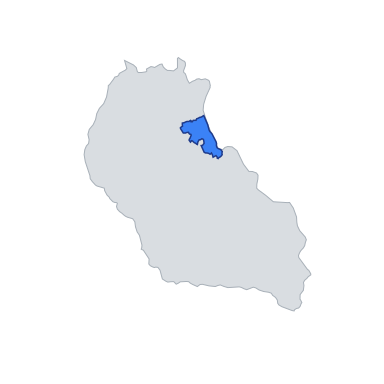 Komárom-Esztergom on a map of Hungary (Albers equal-area conic projection), rotated 70°
{"feature_id": "HUN-3163", "entity_name": "Komárom-Esztergom", "entity_type": "County", "adm_level": 1, "iso_a3": "HUN", "parent_name": "Hungary", "parent_adm1": "", "projection": "albers", "projection_center": [18.366, 47.587], "detail": "fine", "context": "in_parent", "style": "filled", "palette": "blue", "viewbox_px": 384, "rotation_deg": 70, "n_neighbors": 0, "source": "natural_earth", "source_scale": "10m", "svg_char_len": 3757}
<svg xmlns="http://www.w3.org/2000/svg" viewBox="0 0 384 384"><g transform="rotate(70 192 192)"><path d="M305.3,109.1L309.3,108.4L309.5,108.4L310.5,108.7L311.3,111.6L311.4,111.8L312.5,113.7L313.5,116.3L315.1,118.2L318.2,118.8L322.5,121.0L325.4,125.5L329.5,127.1L329.8,127.2L330.6,126.9L333.5,126.6L334.1,127.5L336.5,129.6L337.5,131.5L337.2,133.6L337.7,135.9L338.7,136.7L337.7,138.4L330.6,146.7L327.8,149.0L325.9,149.5L322.7,148.8L319.6,149.6L316.8,151.5L314.2,152.1L312.4,154.3L310.0,158.7L307.0,162.5L303.9,164.9L302.4,167.0L302.5,174.0L300.8,176.1L298.5,178.3L297.3,180.1L294.1,191.0L291.5,194.5L289.0,197.2L288.7,199.6L288.8,202.4L286.1,208.0L282.3,213.8L281.7,216.2L282.7,219.3L279.0,223.1L276.9,224.9L275.1,225.8L274.1,228.1L272.4,233.7L273.0,236.1L273.2,238.4L270.0,239.8L269.1,242.4L268.4,245.5L267.1,246.9L263.6,249.6L254.6,248.8L251.2,249.8L250.2,251.7L250.1,253.2L249.0,254.6L247.0,256.4L244.9,257.2L240.2,255.2L230.1,257.6L228.4,259.3L227.0,258.2L224.8,257.2L214.7,256.2L210.7,257.2L205.4,257.0L200.4,255.9L196.8,256.9L193.6,261.3L192.0,262.8L190.7,263.7L188.0,265.1L185.6,266.8L182.6,268.0L179.8,267.9L177.1,266.0L176.2,266.5L175.4,268.2L174.0,269.7L170.1,271.5L169.1,271.5L168.8,271.5L165.8,272.9L160.9,273.6L158.4,273.1L153.9,279.2L152.5,280.3L148.2,282.1L144.7,283.1L141.6,282.3L140.4,282.3L127.0,281.9L120.0,280.6L115.5,278.2L112.6,275.5L111.1,272.6L107.7,270.8L102.2,270.1L98.0,267.1L95.0,261.9L90.9,257.8L85.8,254.7L81.7,250.4L78.8,244.8L73.5,239.8L65.7,235.2L63.3,234.2L62.9,232.8L59.2,227.2L57.6,225.2L57.8,222.5L57.1,220.9L55.7,219.8L55.1,215.9L54.7,212.9L53.7,211.0L45.3,210.4L52.5,203.6L56.0,201.8L60.1,202.2L61.4,201.6L61.7,200.6L62.5,198.4L62.9,196.3L63.3,194.2L62.9,193.1L60.9,192.7L60.1,187.7L61.2,185.8L62.2,184.6L61.1,178.5L61.5,176.4L64.7,176.2L67.3,175.0L69.4,173.5L70.0,171.7L71.9,167.9L70.4,163.2L61.5,160.0L61.0,158.8L63.1,157.5L65.4,155.7L66.7,154.3L68.5,154.1L70.9,154.9L75.1,158.4L76.8,158.9L78.4,157.9L80.1,157.8L84.9,158.0L88.9,157.3L88.1,153.6L88.1,151.0L87.5,148.9L88.0,146.6L89.6,144.9L90.2,140.8L92.7,138.2L93.9,137.8L98.3,138.4L99.3,139.1L100.0,139.2L106.9,146.0L113.5,151.0L119.0,153.6L127.0,153.9L135.5,154.1L149.8,153.3L160.4,152.6L161.1,151.3L162.7,148.4L161.4,145.8L161.5,142.8L163.3,138.9L168.5,135.6L183.5,134.1L192.1,131.5L193.4,128.2L196.2,124.9L198.8,124.2L202.4,125.7L206.8,128.4L210.6,129.9L212.8,128.9L220.3,123.9L229.0,118.9L234.6,106.0L235.2,103.9L241.7,102.3L251.2,102.3L256.1,103.8L259.8,104.5L265.2,104.0L273.0,101.0L276.0,100.9L278.3,102.8L280.9,104.4L282.6,106.4L284.0,109.2L284.7,110.3L285.9,111.7L288.0,113.6L290.0,114.1L304.5,109.9L305.3,109.1Z" fill="#d9dde1" stroke="#a8b0b8" stroke-width="1"/><path d="M157.8,153.3L159.1,153.2L160.1,152.5L161.6,150.9L162.3,150.3L163.3,150.1L164.3,149.7L165.8,150.6L167.3,150.9L168.3,152.5L168.7,153.6L169.0,155.5L169.5,156.0L168.8,156.7L167.8,156.4L166.0,157.0L166.5,160.3L164.2,160.1L162.0,160.4L162.4,161.2L162.7,162.1L161.5,163.0L160.6,164.3L159.9,166.0L158.8,167.0L151.5,167.5L151.8,166.2L150.4,164.0L148.2,163.5L146.5,163.3L145.3,164.5L145.8,166.2L145.4,167.4L146.9,169.3L149.2,170.7L148.5,171.4L147.7,171.7L146.4,173.0L144.2,174.1L143.6,175.0L144.2,175.6L144.6,176.4L142.3,177.0L141.5,176.5L140.9,175.6L138.4,173.4L137.5,173.3L136.7,174.5L135.7,174.8L134.7,174.9L134.3,176.4L134.3,178.3L133.9,179.0L133.6,180.0L128.6,181.1L127.6,180.9L127.2,179.7L126.9,178.4L125.5,178.1L123.9,177.5L124.2,175.7L124.0,173.9L124.0,172.6L124.7,170.7L124.2,168.9L124.6,168.5L125.6,168.9L126.1,167.8L125.1,166.3L126.0,163.7L124.8,162.6L124.8,160.7L124.5,159.5L124.7,158.4L124.7,157.0L124.3,155.6L124.2,154.8L134.1,154.2L139.4,154.7L141.0,154.6L144.2,153.3L153.0,152.2L155.0,152.4L156.5,153.1L157.8,153.3Z" fill="#3b82f6" stroke="#1e3a8a" stroke-width="1.5"/></g></svg>